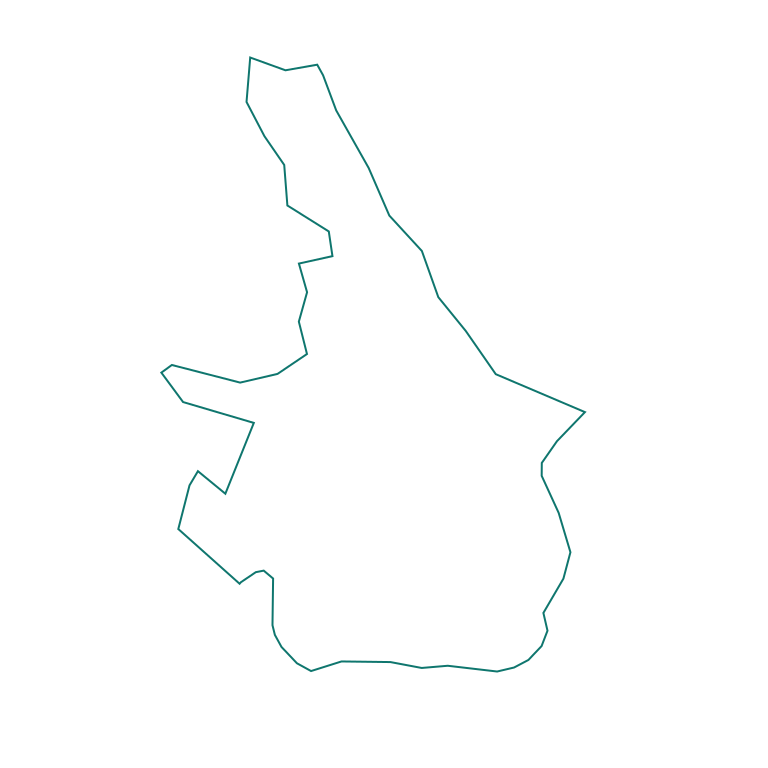 Uchkurgan, Namangan, Uzbekistan, rotated 103°
{"feature_id": "79887680B35727766671193", "entity_name": "Uchkurgan", "entity_type": "district", "adm_level": 2, "iso_a3": "UZB", "parent_name": "Uzbekistan", "parent_adm1": "Namangan", "projection": "robinson", "projection_center": [72.083, 41.056], "detail": "fine", "context": "isolated", "style": "outline", "palette": "teal", "viewbox_px": 768, "rotation_deg": 103, "n_neighbors": 0, "source": "geoboundaries", "source_scale": "gbopen_adm2", "svg_char_len": 883}
<svg xmlns="http://www.w3.org/2000/svg" viewBox="0 0 768 768"><g transform="rotate(103 384 384)"><path d="M526.5,550.7L571.6,551.8L611.1,479.8L609.3,478.8L596.2,466.6L592.9,459.2L598.5,448.3L644.1,438.4L653.0,433.9L663.3,424.7L675.7,406.0L680.1,390.5L663.9,363.0L653.5,315.2L652.2,283.4L644.2,258.5L638.7,209.1L631.0,193.5L620.4,181.2L614.4,177.7L603.9,171.5L587.6,169.2L571.2,177.2L533.3,165.4L506.0,164.5L470.3,184.8L438.0,209.7L425.4,212.5L400.8,202.6L366.2,181.9L349.3,277.3L313.9,316.3L287.2,350.6L245.9,377.0L218.7,416.7L177.0,447.5L128.2,492.1L96.9,512.8L87.9,520.9L100.5,550.6L96.0,587.8L140.1,581.4L169.5,556.2L193.0,530.5L231.8,518.3L247.8,472.1L271.0,463.0L285.8,494.0L311.9,479.6L342.4,481.0L372.1,465.8L398.1,490.0L415.0,524.5L413.2,595.0L423.0,603.5L446.8,575.7L451.2,502.1L526.6,513.9L510.8,545.7L526.5,550.7Z" fill="none" stroke="#0f766e" stroke-width="2"/></g></svg>